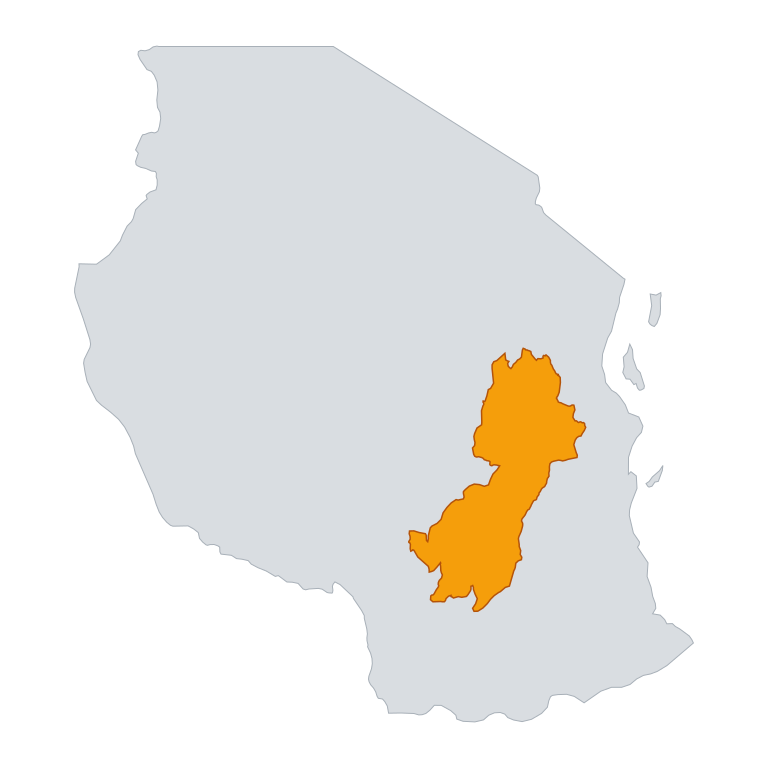 Morogoro on a map of United Republic of Tanzania (Robinson projection)
{"feature_id": "TZA-3379", "entity_name": "Morogoro", "entity_type": "Region", "adm_level": 1, "iso_a3": "TZA", "parent_name": "United Republic of Tanzania", "parent_adm1": "", "projection": "robinson", "projection_center": [37.042, -7.875], "detail": "fine", "context": "in_parent", "style": "filled", "palette": "amber", "viewbox_px": 768, "rotation_deg": 0, "n_neighbors": 0, "source": "natural_earth", "source_scale": "10m", "svg_char_len": 7930}
<svg xmlns="http://www.w3.org/2000/svg" viewBox="0 0 768 768"><path d="M275.3,576.4L266.2,571.0L258.0,567.7L251.2,564.1L248.2,560.6L241.9,559.2L236.5,558.6L231.4,555.3L221.0,554.1L219.9,551.9L219.7,547.1L217.8,545.8L214.1,544.5L210.0,544.6L207.5,545.3L206.1,544.9L202.7,542.1L199.5,538.4L198.3,532.6L193.6,528.9L188.1,525.9L172.9,526.2L170.5,525.3L166.9,522.4L162.6,517.5L159.2,512.0L156.2,504.4L153.0,494.2L135.4,453.7L133.6,446.0L130.2,437.5L124.6,427.0L118.6,419.3L110.6,412.2L101.5,405.2L96.5,400.5L87.1,381.4L85.1,372.4L83.6,363.2L84.2,359.4L90.0,347.5L90.6,344.1L89.9,339.6L86.9,330.1L83.2,318.5L75.7,297.5L74.6,292.2L74.7,288.2L79.1,266.8L79.0,263.8L96.5,264.2L109.2,254.9L120.3,240.9L122.5,235.1L127.1,226.1L131.5,221.6L133.2,218.5L135.7,209.6L141.6,203.5L147.2,198.9L146.1,195.6L146.9,194.4L150.0,192.0L156.0,189.8L157.2,185.1L157.2,179.8L156.2,176.8L156.4,173.4L155.4,171.5L151.5,171.0L145.6,168.4L140.7,167.3L137.4,165.7L136.1,164.6L135.6,161.4L138.3,153.2L135.6,149.9L141.7,136.3L142.8,134.7L145.0,134.4L148.5,133.0L151.7,132.3L154.4,132.9L156.3,132.3L158.1,130.8L159.5,126.2L160.7,118.5L160.0,112.2L157.5,107.4L156.8,100.0L157.9,90.1L157.1,81.9L154.3,75.3L151.4,71.4L147.0,69.6L140.1,59.5L138.0,54.7L138.4,51.6L140.8,50.3L145.1,50.8L149.3,49.6L153.1,46.9L156.9,46.1L158.8,46.5L333.3,46.5L537.3,175.3L538.2,176.9L539.8,188.0L539.4,191.7L536.3,198.1L535.4,201.5L535.3,203.8L536.1,204.7L538.8,205.1L541.0,206.6L541.9,207.8L543.6,212.6L545.8,215.0L623.3,278.2L625.0,279.2L623.9,284.5L619.6,297.3L619.3,302.7L617.6,309.0L615.9,313.1L611.5,331.2L607.7,338.0L602.6,353.9L601.8,366.0L604.6,374.5L605.6,382.5L611.6,390.3L616.3,393.1L619.6,396.6L625.3,404.8L628.5,413.0L638.8,417.0L642.9,426.1L641.4,432.4L636.6,437.7L632.1,446.1L628.5,457.3L628.4,474.3L630.9,471.7L636.3,475.9L637.0,488.4L631.3,503.0L629.6,509.8L629.3,515.6L633.4,533.1L639.5,542.0L639.1,544.8L637.5,547.1L648.0,562.8L647.1,576.5L651.0,587.2L652.7,596.4L655.3,603.5L655.8,608.3L652.6,613.8L660.2,615.1L664.7,619.6L666.8,623.8L672.4,623.6L675.4,626.5L679.7,628.9L689.3,636.0L691.8,639.6L693.4,643.0L667.0,665.5L657.5,671.3L650.7,673.9L643.4,675.4L636.6,679.0L630.0,684.5L621.7,687.3L611.5,687.3L600.8,691.2L584.1,702.8L574.3,696.4L566.6,694.3L557.8,694.6L552.4,695.4L550.5,696.7L548.8,700.7L547.4,707.2L541.6,713.4L531.5,719.3L522.1,721.6L513.6,720.0L507.8,717.6L504.8,714.1L500.3,712.5L494.5,712.8L488.8,715.2L483.5,719.9L474.9,721.9L463.1,721.3L456.8,719.1L455.9,715.2L450.7,710.6L441.3,705.4L434.3,705.3L429.8,710.3L425.8,713.5L422.1,714.7L418.8,714.9L414.0,713.5L400.9,713.0L388.6,713.2L387.3,706.0L384.8,701.6L382.5,699.0L378.3,698.3L377.1,696.3L375.7,691.8L373.5,688.0L370.7,684.8L369.1,681.8L368.5,679.1L368.9,676.2L371.5,668.8L372.3,663.7L372.0,658.5L370.6,653.2L367.6,646.8L368.0,645.0L367.0,640.7L366.9,637.7L367.4,633.9L366.8,628.9L364.3,618.3L364.3,615.6L361.6,610.5L353.4,598.4L353.0,596.8L340.1,584.6L334.9,581.9L333.1,584.2L332.4,586.3L332.9,590.2L332.6,592.2L332.1,593.1L329.0,592.9L327.1,592.5L322.2,589.2L318.4,588.4L309.0,589.0L305.7,589.8L303.1,589.0L298.1,583.4L292.2,582.2L286.9,582.0L278.3,575.6L275.3,576.4ZM640.2,372.6L644.4,386.0L643.9,388.5L640.9,390.1L639.3,390.2L637.5,388.0L636.1,383.5L633.9,384.6L630.0,379.2L626.1,378.9L622.8,372.5L624.1,366.8L623.3,357.2L627.5,352.3L629.8,344.1L632.5,349.7L633.1,358.5L636.7,368.9L640.2,372.6ZM660.8,292.6L661.1,295.8L660.3,298.8L660.5,308.3L660.1,314.7L656.9,323.4L654.3,326.5L652.0,325.6L650.1,324.2L648.6,321.8L651.7,305.7L650.2,294.0L656.1,295.1L660.8,292.6ZM652.0,486.2L649.0,487.1L647.8,486.3L646.0,483.6L649.2,481.4L652.3,477.0L659.5,470.7L662.9,465.5L662.3,470.5L658.3,481.4L654.8,482.1L652.0,486.2Z" fill="#d9dde1" stroke="#a8b0b8" stroke-width="1"/><path d="M546.0,484.1L545.6,484.6L545.1,485.8L544.7,486.4L544.3,486.8L542.8,487.7L541.9,488.5L541.3,489.4L540.2,491.6L539.8,492.1L539.4,492.4L539.1,492.8L539.0,493.3L539.0,494.0L538.9,494.4L538.8,494.8L537.3,496.7L536.9,497.5L536.7,498.5L536.4,499.5L535.5,500.0L534.5,500.3L533.7,500.7L533.3,501.2L531.4,504.7L530.7,506.5L529.9,507.8L529.6,508.7L529.3,509.1L528.9,509.4L528.1,509.7L527.8,510.0L526.7,511.5L525.2,514.8L524.2,516.2L523.1,517.5L521.9,519.1L521.5,521.0L522.5,522.9L522.7,523.7L522.7,525.1L522.5,526.5L521.2,531.3L518.8,536.8L518.4,538.7L519.2,544.4L519.2,546.5L520.7,550.6L520.2,554.5L521.8,557.2L521.4,559.7L518.3,560.8L515.8,563.2L515.3,567.2L514.7,569.1L513.8,570.8L509.4,586.1L505.3,587.4L500.4,591.6L498.6,592.5L494.2,595.6L490.5,599.3L487.3,603.6L482.9,608.0L477.8,611.2L474.0,611.3L472.6,608.3L475.6,603.8L477.3,598.7L475.1,594.1L473.4,589.3L473.4,587.3L472.7,585.5L472.1,585.9L470.9,586.3L471.0,589.1L470.5,590.7L468.0,594.6L466.6,596.3L466.3,596.5L461.7,597.3L458.3,596.6L453.5,598.0L452.0,597.0L451.7,596.5L451.2,596.7L450.8,596.2L450.9,595.4L448.5,596.2L446.0,598.6L445.5,600.4L444.5,601.7L442.6,601.8L440.6,601.5L432.9,601.8L430.5,599.7L430.8,595.9L431.7,595.1L432.9,595.0L434.0,594.0L436.4,589.6L438.3,587.0L438.7,585.6L438.2,584.3L438.4,582.3L439.3,580.4L441.5,578.1L442.4,574.9L441.4,572.8L440.8,570.6L440.6,566.1L440.3,564.8L440.3,563.8L440.7,563.2L440.5,562.6L436.9,567.1L433.7,570.6L431.5,571.5L429.2,572.1L429.1,569.1L428.3,566.3L417.8,557.0L414.0,550.4L412.8,549.8L411.9,550.7L410.8,551.2L410.2,548.8L410.4,544.3L409.9,543.0L408.9,542.5L408.8,541.5L410.2,539.2L410.1,536.4L409.2,533.8L409.5,531.0L413.9,530.9L419.0,532.5L425.4,533.7L426.2,535.2L426.5,540.5L427.7,541.7L428.4,538.8L428.3,535.8L430.3,527.8L432.0,526.0L437.1,523.4L441.1,519.4L443.1,512.8L447.0,507.4L451.2,502.9L456.1,499.6L458.2,500.1L460.0,499.6L463.2,499.0L464.1,497.2L463.8,495.1L463.5,494.0L463.4,492.9L463.4,492.1L463.5,491.5L465.3,489.6L469.3,486.1L474.2,484.1L479.4,484.6L484.3,486.3L488.5,484.9L490.5,479.3L493.0,474.0L497.0,469.9L499.7,465.8L498.6,465.5L498.0,465.5L497.8,465.5L497.0,465.1L494.2,464.8L493.8,464.8L493.0,465.1L492.2,465.6L491.4,465.7L490.3,465.2L489.9,464.6L489.8,464.0L490.0,462.0L490.0,461.8L489.8,461.5L489.5,461.3L489.1,461.1L488.3,460.8L486.9,460.7L485.7,460.1L484.5,459.8L484.2,459.7L483.7,458.9L482.7,458.0L481.6,457.5L479.0,456.8L478.3,456.7L477.1,457.0L476.3,457.0L474.7,456.2L473.7,454.3L472.5,448.0L474.6,445.6L475.0,442.6L474.3,439.6L473.9,436.5L474.6,433.6L477.0,428.0L481.6,424.8L481.8,422.0L481.5,410.7L482.9,406.0L483.7,404.6L483.7,403.1L483.0,402.1L483.2,401.0L484.0,401.3L484.8,401.4L485.4,400.3L485.8,399.0L486.9,395.8L488.3,389.6L490.6,388.4L493.6,383.2L492.1,368.4L492.1,364.8L493.8,361.7L496.8,360.6L504.9,353.3L505.7,359.9L507.4,360.9L508.9,361.4L507.7,363.3L507.9,365.0L508.1,365.4L508.1,366.0L509.4,367.5L510.9,368.6L512.3,366.9L513.4,364.4L515.8,362.4L517.6,360.0L519.6,359.0L521.4,357.2L522.4,350.0L523.2,348.3L525.0,349.0L525.3,349.2L525.4,349.7L526.1,350.0L527.0,349.9L528.0,350.5L528.9,350.6L530.8,351.5L531.4,354.4L535.1,359.0L536.4,360.3L537.9,358.6L540.8,358.8L543.1,358.0L543.0,356.2L543.8,355.4L545.1,355.9L546.0,354.9L548.7,357.2L550.4,360.4L550.4,362.2L550.8,364.0L551.8,365.2L553.3,368.9L554.7,370.9L555.4,372.5L556.2,373.8L557.7,374.3L558.9,374.6L558.1,374.8L557.8,375.3L559.2,376.1L560.2,377.5L560.4,382.5L559.2,392.2L557.8,395.9L556.8,397.1L556.8,398.5L556.6,398.5L557.1,399.5L557.8,400.6L558.3,402.0L559.4,402.5L561.0,402.8L562.6,403.7L568.1,406.0L569.4,406.2L570.7,405.9L571.3,405.4L571.9,405.1L572.9,405.0L573.9,405.2L574.9,409.9L573.4,413.7L572.9,417.4L575.1,420.9L576.3,420.8L577.3,421.5L577.8,422.1L578.5,422.5L579.3,422.2L580.2,421.8L581.3,422.1L582.2,422.8L583.6,422.6L584.6,423.6L584.8,425.8L585.3,426.5L585.7,427.3L584.3,430.5L582.3,433.4L581.0,436.0L578.8,436.3L576.8,437.7L575.2,440.1L573.8,444.7L576.2,452.6L577.3,455.2L577.0,457.5L568.1,459.3L565.4,460.3L562.6,460.9L560.6,460.4L558.6,460.1L553.7,461.2L551.5,462.0L549.9,463.7L549.4,466.8L549.5,470.1L548.8,473.1L549.0,476.2L548.7,476.5L548.4,477.0L548.2,477.5L547.8,477.8L547.5,478.3L547.3,478.7L546.7,481.3L546.6,482.8L546.4,483.5L546.0,484.1Z" fill="#f59e0b" stroke="#b45309" stroke-width="1.5"/></svg>